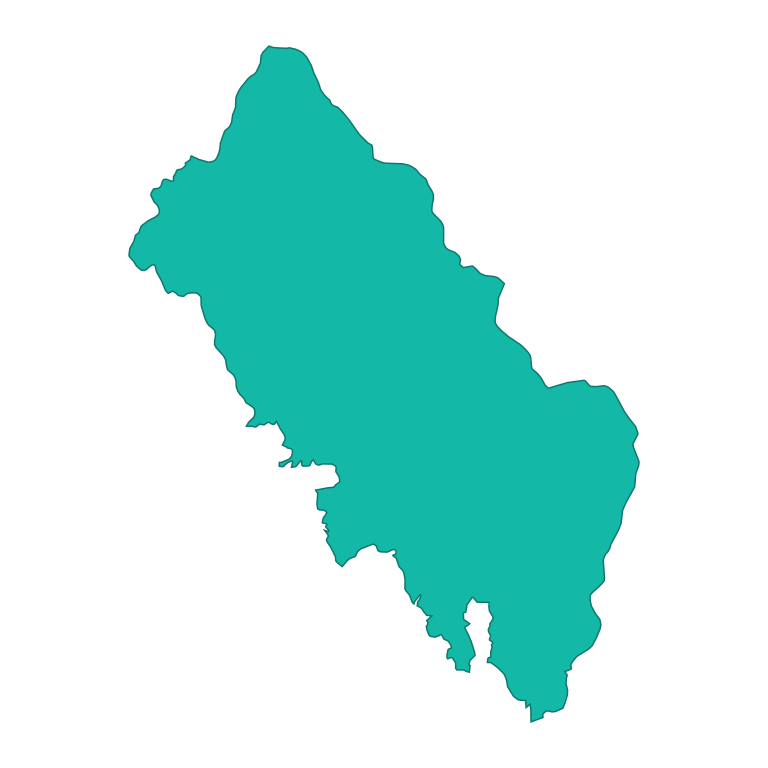 Tam Dao, Vĩnh Phúc, Vietnam (Robinson projection)
{"feature_id": "81297802B33900605812276", "entity_name": "Tam Dao", "entity_type": "district", "adm_level": 2, "iso_a3": "VNM", "parent_name": "Vietnam", "parent_adm1": "Vĩnh Phúc", "projection": "robinson", "projection_center": [105.582, 21.459], "detail": "fine", "context": "isolated", "style": "filled", "palette": "teal", "viewbox_px": 768, "rotation_deg": 0, "n_neighbors": 0, "source": "geoboundaries", "source_scale": "gbopen_adm2", "svg_char_len": 6105}
<svg xmlns="http://www.w3.org/2000/svg" viewBox="0 0 768 768"><path d="M637.9,433.1L635.5,426.4L629.8,419.3L624.6,411.9L614.8,393.7L613.4,391.7L611.0,389.4L607.8,386.9L605.2,385.9L603.3,385.8L596.7,386.6L590.9,386.4L589.6,385.7L585.4,381.0L584.2,380.3L567.4,382.6L549.2,388.0L548.0,388.0L545.0,385.0L541.1,377.9L537.6,373.7L532.2,368.9L531.6,367.1L530.7,357.8L530.1,355.4L528.5,352.9L525.0,348.9L520.3,344.6L508.4,336.6L501.2,330.5L497.2,326.2L495.7,323.8L495.2,322.2L495.1,319.7L495.5,316.3L498.0,304.9L498.5,297.8L504.4,283.7L498.0,277.9L494.4,276.6L485.2,275.6L480.4,273.6L475.0,268.0L472.3,266.0L463.3,267.6L459.7,264.4L460.5,259.6L459.2,256.3L455.2,252.5L449.7,250.4L447.4,249.1L445.7,247.6L444.1,244.5L443.6,242.8L443.6,227.5L442.9,225.1L441.1,221.6L433.4,213.7L432.1,211.7L431.8,209.8L432.2,204.8L433.4,199.5L433.4,194.7L431.9,191.0L428.3,185.2L426.4,180.2L425.4,178.6L419.9,174.3L415.9,169.4L412.1,166.9L408.8,165.2L402.6,163.8L385.5,163.2L382.2,162.5L374.3,159.3L373.3,158.0L373.0,156.5L372.5,147.8L371.8,145.1L368.6,143.4L366.8,141.9L359.3,134.4L349.5,120.5L342.5,111.9L337.7,107.3L333.5,105.7L331.4,104.2L330.1,100.8L329.1,99.4L327.6,98.4L323.7,94.3L320.7,89.8L318.3,82.3L314.1,73.6L311.2,65.3L306.7,57.1L303.0,53.2L300.1,51.2L295.5,49.2L289.4,47.8L286.4,48.3L275.9,47.8L272.7,47.4L268.9,46.1L263.0,52.2L261.1,55.8L260.5,62.9L256.2,72.2L253.6,74.7L251.1,76.1L248.2,78.5L240.7,87.8L238.4,91.7L236.4,96.1L235.9,98.6L235.5,107.7L232.7,114.7L231.6,122.2L230.0,125.9L228.0,128.3L225.4,130.2L224.4,131.7L220.4,143.1L219.9,148.7L219.0,152.5L217.2,157.1L215.7,159.5L214.2,160.8L212.3,161.5L208.8,162.3L198.9,159.5L191.3,156.0L190.6,157.3L190.2,159.8L185.3,163.1L185.6,164.7L185.2,166.0L182.4,168.4L180.6,169.3L177.4,169.8L176.4,170.9L175.8,173.0L173.5,176.6L173.5,180.6L173.2,180.9L171.7,181.2L166.2,179.2L164.5,179.3L163.6,179.7L162.5,181.1L160.8,186.6L158.2,188.4L153.6,188.9L151.1,193.3L150.9,195.3L154.0,201.7L156.8,204.6L158.5,207.3L159.3,210.0L159.4,212.3L158.8,213.9L158.0,214.9L155.2,217.1L147.8,221.0L141.5,225.8L140.5,227.7L138.9,232.5L135.5,235.3L134.0,240.9L129.9,248.4L129.0,254.4L129.3,256.6L133.2,260.7L136.5,266.0L140.0,269.1L141.5,270.1L144.2,270.5L146.6,269.4L148.9,267.2L152.0,265.0L153.8,264.7L155.1,265.7L156.5,271.7L161.7,281.1L165.5,290.4L167.8,293.1L169.0,293.1L171.4,291.7L172.9,291.3L175.4,292.6L178.4,295.5L182.3,296.3L184.0,296.1L186.9,293.7L188.3,293.2L194.9,292.7L197.6,293.5L200.5,296.3L201.0,297.5L201.2,305.5L205.0,318.4L207.2,323.2L208.6,325.1L213.7,329.3L214.7,330.7L215.6,334.7L214.6,341.4L214.6,344.7L216.1,347.7L223.4,355.7L225.6,359.7L226.6,366.6L227.7,369.9L233.1,374.5L234.9,377.3L236.0,380.8L236.3,386.9L238.0,391.5L239.7,394.1L244.0,398.5L246.0,402.6L252.2,406.8L254.4,408.9L255.0,413.6L253.8,417.2L248.7,422.2L246.4,426.2L251.8,426.2L254.3,426.9L256.1,426.8L259.5,424.1L264.0,424.9L267.8,422.4L269.0,422.4L272.3,424.3L274.1,424.3L275.0,423.6L276.5,421.2L280.5,429.3L284.2,434.6L285.2,437.8L285.0,439.8L282.4,445.1L286.3,446.9L287.4,447.9L291.0,448.7L292.4,450.0L292.4,452.4L291.9,455.3L291.3,456.8L289.2,459.1L281.5,462.4L279.4,462.4L279.2,466.2L281.7,466.7L283.8,466.4L284.9,464.8L288.2,462.3L292.1,461.0L292.7,461.9L291.4,467.3L295.3,466.7L296.6,465.9L300.5,461.0L301.6,460.9L301.8,465.1L302.8,466.1L309.0,465.9L309.9,465.3L311.5,461.6L313.1,459.7L315.8,464.0L318.1,465.0L319.6,465.0L322.5,463.9L332.1,464.1L334.7,465.5L336.1,466.9L335.9,471.8L339.1,476.8L339.8,481.7L335.4,485.1L333.9,487.2L327.4,487.9L315.6,490.1L317.8,493.8L316.9,504.2L317.7,508.8L319.8,510.0L322.2,510.0L325.2,510.8L326.8,512.3L325.2,515.5L323.7,517.1L322.8,519.6L322.3,522.8L326.8,524.0L326.9,524.8L325.7,526.6L325.9,527.3L328.3,529.7L328.8,531.4L328.3,531.6L324.6,530.3L328.1,535.1L328.1,536.9L326.5,539.4L326.7,541.2L330.6,547.0L335.4,556.6L335.8,560.8L337.1,562.5L342.2,566.6L347.5,560.3L350.1,558.3L354.4,556.9L355.7,555.9L357.5,551.7L360.9,548.8L372.6,544.2L373.9,544.3L376.4,546.1L377.9,550.6L380.2,551.8L387.3,552.1L392.8,549.6L394.2,549.4L395.1,549.9L396.0,551.1L396.1,553.2L395.0,554.6L393.2,555.0L392.9,555.8L396.1,558.0L399.1,566.7L402.6,570.3L403.9,573.0L405.1,579.9L404.9,588.4L405.7,590.4L409.7,595.3L411.8,601.4L412.8,603.0L414.0,603.9L414.4,601.9L417.8,597.7L419.2,595.4L420.6,595.0L420.4,597.1L419.4,599.6L417.7,601.8L417.2,605.9L420.5,607.5L422.3,609.3L423.5,611.4L426.7,615.3L431.8,616.0L426.7,620.6L427.8,622.4L427.9,623.5L427.5,624.8L426.3,626.4L427.1,630.4L429.0,635.1L430.5,636.4L435.1,637.1L439.4,635.6L440.2,634.7L441.0,634.7L441.7,635.1L444.0,639.1L447.9,640.9L449.3,642.6L451.1,645.7L451.4,648.0L448.4,649.3L447.9,650.1L446.9,655.4L447.0,657.7L447.8,658.8L451.2,657.4L452.3,657.8L455.3,662.4L455.7,663.6L455.6,668.2L456.9,669.9L463.3,669.9L466.7,671.5L469.3,672.2L470.1,665.5L468.8,664.4L469.9,660.6L475.0,655.5L474.5,651.9L471.1,641.3L468.3,634.7L464.5,627.3L467.9,625.3L469.7,623.7L463.6,619.3L463.4,614.0L463.8,612.7L465.8,612.1L467.0,604.8L472.1,597.5L473.2,597.4L477.1,602.2L489.2,602.3L488.9,606.5L489.4,611.0L492.5,616.1L493.1,617.7L492.8,619.2L489.8,624.0L490.0,626.2L488.6,628.5L488.3,630.4L489.1,633.0L490.5,635.2L490.5,636.4L489.4,639.4L489.6,640.1L492.4,642.0L492.8,643.1L491.5,644.9L492.0,648.0L490.8,651.4L490.8,657.2L488.2,657.9L487.6,659.7L487.4,662.5L491.0,662.6L497.5,667.5L503.7,673.5L505.7,677.4L506.9,681.8L507.6,686.7L513.6,696.4L518.2,699.8L521.9,700.4L525.6,700.4L526.1,707.6L530.2,704.1L530.9,710.5L531.0,721.9L543.1,717.4L542.7,715.6L543.0,714.0L545.9,711.1L547.8,710.9L552.0,711.9L555.5,711.5L562.9,708.2L565.0,702.9L567.4,694.8L567.6,690.1L566.0,683.5L566.3,678.9L567.2,675.0L564.8,671.6L570.9,669.3L571.4,668.6L570.8,664.6L573.1,660.8L577.0,656.3L588.7,649.0L592.1,645.8L596.1,638.4L600.1,628.9L600.9,624.9L599.9,619.6L595.6,613.8L591.4,606.2L590.3,601.2L590.0,596.3L590.5,594.8L592.5,592.4L599.5,586.1L603.3,582.1L604.2,580.7L604.5,577.8L603.3,561.3L603.6,558.4L605.7,554.0L607.9,551.7L609.7,548.5L610.8,544.5L618.5,530.1L621.1,523.4L622.6,510.3L625.9,502.8L634.6,487.0L635.8,473.5L638.7,465.5L639.0,462.5L638.9,461.3L633.7,448.0L632.8,444.2L637.6,434.8L637.9,433.1Z" fill="#14b8a6" stroke="#0f766e" stroke-width="1.5"/></svg>